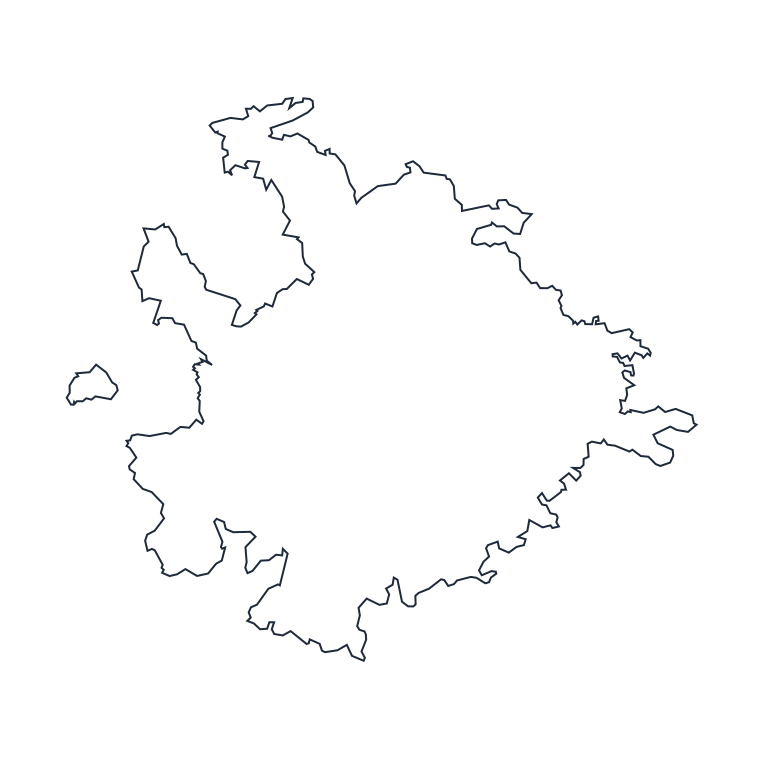 outline of Chiautla, Puebla, Mexico, rotated 5°
{"feature_id": "50627088B89573035265708", "entity_name": "Chiautla", "entity_type": "district", "adm_level": 2, "iso_a3": "MEX", "parent_name": "Mexico", "parent_adm1": "Puebla", "projection": "orthographic", "projection_center": [-98.6, 18.284], "detail": "fine", "context": "isolated", "style": "outline", "palette": "slate", "viewbox_px": 768, "rotation_deg": 5, "n_neighbors": 0, "source": "geoboundaries", "source_scale": "gbopen_adm2", "svg_char_len": 6147}
<svg xmlns="http://www.w3.org/2000/svg" viewBox="0 0 768 768"><g transform="rotate(5 384 384)"><path d="M187.8,141.7L194.0,148.2L196.3,147.1L196.3,148.7L203.9,151.4L201.9,157.4L202.5,163.6L207.7,165.3L208.5,169.3L204.0,172.6L206.9,187.3L210.0,186.1L214.5,189.3L212.0,184.5L216.9,179.0L226.8,181.3L229.2,180.7L226.3,177.6L228.8,173.7L240.2,173.7L236.8,189.2L245.7,190.0L249.7,200.7L254.0,190.6L266.2,206.3L269.0,216.1L268.3,221.0L276.1,229.4L270.1,244.0L286.1,245.4L284.7,247.3L290.2,250.7L292.0,264.1L294.9,271.0L304.8,278.6L302.6,281.2L304.2,285.4L300.4,291.7L288.0,287.0L278.9,297.8L274.7,298.4L269.4,302.7L266.1,316.5L258.5,314.2L257.5,317.2L250.3,321.4L251.5,322.3L249.1,324.6L250.9,325.7L243.7,334.6L236.5,339.3L232.1,339.4L227.3,338.4L230.8,323.5L234.1,318.3L228.4,312.4L198.7,305.6L196.9,302.8L197.6,297.0L194.2,290.1L191.4,289.7L184.0,281.2L180.6,280.3L176.2,271.6L171.2,272.7L165.7,264.3L163.7,256.9L155.7,246.1L151.5,246.9L150.7,243.8L142.6,250.0L130.9,249.9L137.1,262.8L132.7,267.9L128.8,292.3L122.9,294.0L131.5,309.3L134.3,311.0L136.1,322.5L142.5,319.0L154.4,320.5L148.8,343.3L152.9,345.0L154.5,343.4L153.4,340.0L156.5,337.4L167.4,336.9L170.6,341.6L179.6,342.3L188.4,357.9L193.0,359.2L194.8,365.1L204.3,371.2L205.4,376.2L211.1,380.0L199.5,375.2L201.3,377.8L196.9,379.8L198.0,380.8L193.7,380.8L192.3,383.5L194.2,384.8L192.6,386.5L197.2,388.6L196.5,390.7L198.9,393.3L196.3,396.3L201.1,403.1L201.5,407.2L199.8,409.2L201.5,410.7L199.6,414.4L201.9,416.9L202.4,427.8L207.5,436.8L206.2,439.5L200.1,435.9L193.9,444.5L184.9,444.5L176.0,452.3L171.2,451.7L155.0,456.3L142.8,455.6L137.3,457.4L136.0,462.3L132.5,463.0L134.4,465.2L132.9,468.3L136.3,469.7L143.7,478.9L137.1,488.1L138.1,491.2L143.7,494.4L142.9,500.6L152.8,509.5L162.0,511.9L174.6,522.9L173.0,531.9L176.6,537.0L168.4,550.1L161.2,554.7L159.7,561.0L163.0,570.8L167.2,568.5L170.2,569.7L179.3,583.4L178.4,586.5L180.8,588.3L179.4,591.4L187.2,594.0L194.5,591.6L202.3,585.7L214.5,591.5L225.3,588.1L232.4,577.7L237.8,574.0L240.0,560.7L237.1,562.2L235.8,560.7L236.8,555.2L226.8,536.0L229.0,532.9L236.7,535.4L239.0,542.2L246.7,544.8L263.7,542.9L269.3,547.3L260.2,558.6L262.7,573.5L261.8,579.1L264.5,584.3L269.3,581.7L276.7,570.7L284.7,569.6L291.3,563.5L297.5,563.6L297.6,557.0L302.8,561.4L297.8,593.7L295.8,592.9L286.6,598.1L276.7,614.9L270.9,618.1L269.1,623.3L271.6,628.3L268.5,631.9L275.3,633.9L281.9,639.1L288.9,638.0L290.6,631.3L295.3,631.0L293.6,638.1L296.4,642.6L305.1,643.3L312.5,638.3L329.5,649.7L331.6,648.9L332.3,644.9L342.6,648.5L345.4,655.0L348.6,656.3L360.9,653.3L369.7,647.1L375.8,657.6L387.9,661.5L388.8,658.4L384.9,652.5L388.5,640.3L387.8,635.3L386.2,632.2L381.0,631.0L378.4,627.6L380.1,616.6L378.2,609.2L385.4,599.3L398.7,604.4L405.9,602.4L407.5,593.2L403.9,587.6L410.1,583.2L410.6,576.0L414.5,577.8L420.9,599.3L427.4,603.4L432.6,603.0L434.7,600.8L433.7,592.3L436.7,589.1L446.8,583.9L457.9,573.6L461.2,574.1L465.6,579.6L471.2,577.2L473.8,573.4L487.3,568.6L493.0,569.0L502.3,573.7L505.9,572.3L507.4,567.5L512.4,563.1L511.8,561.3L507.5,561.0L498.1,566.0L494.9,561.4L498.6,552.4L503.7,546.7L500.0,538.8L501.5,535.5L511.0,531.1L513.0,537.7L523.0,541.1L530.3,534.7L537.4,532.3L538.7,526.3L530.7,524.7L539.6,518.0L540.6,506.8L554.5,513.0L562.2,510.3L564.3,512.8L570.6,510.7L567.7,506.7L568.6,501.8L567.0,499.1L560.9,498.2L556.4,490.7L551.9,490.3L547.1,483.8L550.9,478.9L556.3,485.9L559.0,486.0L569.7,476.2L570.0,473.9L574.5,473.4L572.1,467.6L567.7,464.8L576.0,456.8L583.9,463.5L587.9,458.2L586.9,454.8L579.6,451.1L587.0,450.5L589.8,447.3L589.4,441.3L594.2,438.6L592.1,425.8L596.1,423.3L605.1,424.3L607.8,420.1L611.9,425.0L619.5,425.3L634.4,429.9L637.2,427.8L646.1,433.4L653.7,433.4L661.6,440.1L666.4,441.6L675.9,437.3L678.4,430.3L677.3,424.5L661.8,419.2L656.8,411.0L672.9,401.5L679.7,404.3L691.0,405.2L698.9,397.3L696.0,396.1L693.8,388.4L676.7,383.4L666.5,387.4L659.2,382.4L656.2,385.6L645.1,390.1L631.7,388.4L632.2,390.5L629.2,390.1L626.6,392.9L621.3,391.5L623.0,387.6L620.7,379.5L625.6,379.8L627.2,373.6L625.8,367.2L633.4,363.4L622.6,357.0L620.4,351.8L622.6,349.5L628.5,350.7L629.4,353.9L631.7,353.9L632.2,352.0L629.8,343.6L622.0,345.1L620.4,342.1L617.2,342.0L613.8,336.7L609.4,336.6L609.1,334.4L613.9,333.1L618.4,337.9L624.1,334.5L627.1,339.1L631.2,330.9L638.2,333.0L640.0,335.4L643.7,330.6L646.6,332.5L647.0,329.7L644.0,325.8L636.2,324.0L635.6,318.0L632.0,318.6L625.5,315.8L627.3,310.9L623.5,308.0L606.4,313.5L601.9,311.4L598.4,304.2L589.7,306.1L589.8,302.8L592.3,302.3L591.4,298.0L587.0,299.7L586.1,306.3L579.3,306.8L578.2,304.0L575.3,303.4L571.4,307.9L569.2,305.4L567.3,307.3L566.9,304.5L561.8,300.4L556.7,299.5L553.2,292.9L554.0,290.8L550.7,285.4L553.5,280.0L551.8,275.5L547.1,275.2L543.0,271.5L538.5,274.3L531.2,274.9L527.1,269.7L522.0,270.8L509.9,258.4L508.0,246.5L503.8,242.6L497.3,241.0L492.6,232.3L486.4,235.0L481.9,234.4L477.8,237.8L472.2,235.0L464.2,237.4L459.6,236.1L459.0,231.5L463.0,221.5L476.8,216.1L477.5,213.7L482.7,217.2L490.0,216.4L499.9,222.8L506.5,222.7L509.1,211.2L516.3,201.9L506.7,201.5L501.6,196.7L493.0,194.4L489.5,190.0L481.8,191.1L480.6,195.0L482.9,199.1L476.4,200.1L472.9,196.9L446.6,204.8L445.9,198.8L438.4,193.3L436.3,180.7L431.9,174.4L428.6,174.2L427.0,170.9L405.1,170.0L400.4,164.0L393.5,159.6L386.4,163.1L387.8,165.7L391.0,166.3L391.9,170.9L385.5,173.8L378.1,183.4L360.6,187.4L345.2,200.5L340.9,206.5L337.9,199.0L338.3,194.4L332.4,187.0L325.5,169.7L315.6,159.5L309.8,159.1L309.3,154.6L304.9,156.9L305.9,160.9L297.2,158.6L294.9,153.5L288.5,149.9L287.6,147.4L275.9,142.0L269.2,145.5L262.6,144.5L261.3,149.5L251.4,148.4L247.1,146.7L249.1,146.9L250.8,143.8L248.7,139.0L270.2,129.4L284.4,120.1L289.4,114.6L288.2,108.3L285.1,106.5L278.7,106.5L278.4,110.1L271.5,111.7L265.6,117.5L268.1,107.1L261.0,108.7L258.2,113.7L243.4,116.7L236.6,123.2L229.8,118.6L227.4,121.5L222.5,121.8L225.4,129.0L220.4,132.7L207.8,132.3L190.2,138.9L187.8,141.7ZM95.5,389.8L89.8,397.9L76.5,400.2L78.7,403.0L75.1,404.8L70.9,413.0L71.7,420.1L69.1,425.3L74.0,431.8L76.7,431.7L76.9,428.8L78.0,430.1L79.6,427.9L85.3,427.5L88.6,424.2L93.9,425.1L97.6,421.5L113.3,423.0L119.3,413.5L117.4,408.4L113.1,406.2L106.3,396.7L95.5,389.8Z" fill="none" stroke="#1e293b" stroke-width="2"/></g></svg>